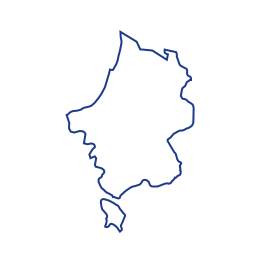 map outline of Valencia (Natural Earth projection), rotated 222°
{"feature_id": "ESP-5849", "entity_name": "Valencia", "entity_type": "Autonomous Community", "adm_level": 1, "iso_a3": "ESP", "parent_name": "Spain", "parent_adm1": "", "projection": "natural_earth1", "projection_center": [-1.049, 39.449], "detail": "fine", "context": "isolated", "style": "outline", "palette": "blue", "viewbox_px": 256, "rotation_deg": 222, "n_neighbors": 0, "source": "natural_earth", "source_scale": "10m", "svg_char_len": 3553}
<svg xmlns="http://www.w3.org/2000/svg" viewBox="0 0 256 256"><g transform="rotate(222 128 128)"><path d="M182.3,96.6L181.8,97.8L181.5,100.7L180.9,102.6L179.9,104.1L177.7,106.5L176.4,108.3L175.2,110.3L174.8,112.3L174.1,113.8L171.2,117.9L170.2,120.0L169.6,124.2L169.9,130.0L170.5,135.0L172.4,142.8L178.3,155.3L179.3,157.2L180.5,159.3L179.3,160.0L178.0,161.1L178.5,163.2L179.4,167.5L181.0,171.4L183.5,175.7L185.9,180.4L189.5,186.4L190.8,188.1L194.4,190.8L197.9,194.4L179.2,197.9L171.6,194.6L161.7,201.9L144.8,204.7L147.6,209.4L149.4,208.7L150.7,208.5L151.9,209.2L153.2,210.8L143.0,216.6L141.2,215.6L139.6,213.8L132.2,209.7L130.5,209.5L124.0,211.1L122.7,210.5L120.2,207.7L119.3,207.2L118.3,207.1L116.4,207.7L115.4,207.6L114.6,207.3L113.3,205.8L114.2,205.1L114.4,203.1L114.7,202.6L115.0,201.8L114.9,201.2L113.7,197.6L113.7,196.7L114.1,194.9L114.2,194.0L113.7,192.9L110.6,187.7L109.5,186.9L108.5,186.6L107.6,186.4L106.9,186.4L106.3,186.7L104.9,187.6L103.2,188.0L100.5,187.9L97.9,188.5L95.4,188.6L94.1,187.9L92.5,186.7L83.4,176.1L82.7,175.1L82.2,173.2L82.1,172.0L82.3,171.0L82.6,170.1L82.8,169.3L83.1,168.5L84.1,166.8L84.4,166.0L85.0,164.2L85.4,163.4L86.5,161.9L87.2,161.3L87.8,160.6L88.6,158.9L88.8,158.1L89.2,157.0L89.4,156.3L89.7,155.6L90.0,154.7L90.2,153.0L90.0,152.1L90.1,151.3L90.0,150.4L90.2,148.5L90.4,147.6L90.7,146.8L90.6,145.8L90.0,144.9L77.6,141.0L76.6,140.9L75.8,140.9L74.8,140.5L70.6,137.8L68.6,137.1L67.7,137.1L67.2,137.4L66.7,137.5L65.9,137.5L65.3,137.6L64.9,137.5L64.6,136.7L64.5,136.1L64.4,135.3L64.3,134.8L64.0,134.3L63.1,134.0L62.8,133.5L62.7,133.2L62.0,132.9L61.5,132.5L61.2,131.8L61.0,131.3L59.7,131.1L59.2,130.1L58.8,129.8L58.4,129.3L58.2,128.8L58.1,128.2L58.1,127.6L58.6,126.7L59.2,124.7L59.1,123.5L59.3,123.0L59.7,122.6L60.0,122.4L59.9,122.1L59.7,121.9L59.5,121.4L59.6,120.4L59.5,119.8L59.5,119.2L59.6,118.7L59.8,118.0L59.8,117.8L59.8,117.7L59.7,117.3L59.5,116.9L59.4,116.6L59.4,116.1L59.5,115.7L60.0,114.4L60.3,114.0L61.2,113.6L62.2,112.7L63.3,111.3L66.6,104.8L67.2,104.1L69.3,102.1L71.0,100.7L71.8,100.3L72.7,100.3L73.5,100.3L75.1,101.1L75.9,101.5L76.7,101.8L78.4,101.8L79.3,101.6L80.1,101.2L80.9,100.7L81.4,100.0L81.8,99.1L81.8,98.0L81.4,96.2L81.4,95.4L81.4,94.4L81.7,93.3L83.9,89.6L84.9,88.2L85.6,87.1L86.3,85.3L87.7,79.3L87.9,77.4L88.0,75.6L88.3,73.7L88.3,72.8L88.1,72.1L87.5,71.0L87.4,70.4L87.6,69.8L88.3,69.0L91.9,67.5L93.1,66.5L94.6,67.4L96.8,66.8L97.6,66.8L99.4,66.1L101.7,65.7L105.0,65.9L106.7,65.7L107.7,65.8L109.3,66.3L113.9,68.4L115.3,69.9L115.6,70.9L115.5,71.8L115.2,72.6L115.0,73.4L115.0,74.2L115.3,74.9L115.7,75.6L115.8,76.3L115.8,77.2L115.8,78.1L115.9,79.0L116.4,79.7L117.2,80.2L118.1,80.6L119.9,80.5L121.1,80.2L126.3,77.6L127.9,78.5L131.4,84.2L133.7,84.7L135.7,80.5L139.0,82.5L140.0,87.7L140.1,89.4L139.8,90.6L139.8,91.6L141.0,92.7L142.5,93.0L144.1,92.5L145.5,91.3L147.0,89.0L150.5,87.1L155.6,95.1L157.7,95.7L159.9,95.0L162.1,93.1L164.9,88.7L168.1,87.0L171.5,88.2L175.0,92.4L182.3,96.6ZM78.6,39.4L79.2,39.6L79.4,40.1L80.0,41.7L80.8,43.4L81.3,44.1L81.9,44.9L82.5,45.5L83.3,45.9L83.7,46.2L83.8,46.8L83.8,47.4L84.1,48.1L84.8,48.8L86.6,49.6L92.6,50.3L94.9,51.7L98.0,54.2L99.2,55.5L99.5,56.3L99.6,57.1L99.3,57.9L98.8,58.6L98.1,59.2L93.7,61.3L91.5,61.9L89.8,62.2L89.2,62.5L87.4,62.8L85.8,62.9L84.9,63.1L84.7,63.2L84.0,63.5L82.5,63.4L79.9,62.5L74.0,61.5L73.0,61.6L72.1,61.3L71.3,60.6L68.7,53.2L68.3,51.7L68.1,50.9L67.7,50.4L65.4,49.1L64.8,48.5L64.4,47.9L64.7,45.6L69.7,46.8L72.6,46.8L74.6,46.4L76.3,45.7L76.8,44.9L76.9,44.0L76.6,42.2L76.8,41.2L77.3,40.3L78.6,39.4Z" fill="none" stroke="#1e3a8a" stroke-width="2"/></g></svg>